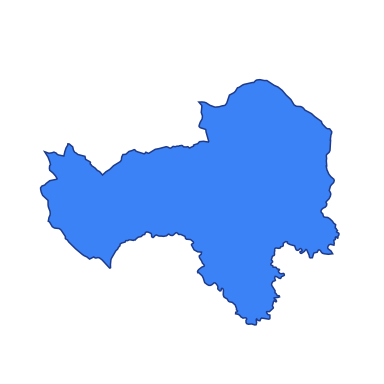 San Cayetano, Norte de Santander, Colombia (orthographic projection), rotated 99°
{"feature_id": "7082276B18864989229561", "entity_name": "San Cayetano", "entity_type": "district", "adm_level": 2, "iso_a3": "COL", "parent_name": "Colombia", "parent_adm1": "Norte de Santander", "projection": "orthographic", "projection_center": [-72.593, 7.837], "detail": "fine", "context": "isolated", "style": "filled", "palette": "blue", "viewbox_px": 384, "rotation_deg": 99, "n_neighbors": 0, "source": "geoboundaries", "source_scale": "gbopen_adm2", "svg_char_len": 5963}
<svg xmlns="http://www.w3.org/2000/svg" viewBox="0 0 384 384"><g transform="rotate(99 192 192)"><path d="M231.0,43.4L228.5,45.5L226.8,48.7L226.1,49.2L224.7,49.3L222.9,48.5L222.0,47.1L222.3,43.5L220.5,43.5L217.5,44.4L216.5,43.0L214.5,43.4L213.9,43.1L213.7,42.5L214.9,41.3L214.6,40.7L212.8,40.9L211.4,40.2L210.2,40.3L209.5,40.9L209.2,42.4L208.8,43.0L207.2,42.3L206.4,43.4L205.4,44.0L205.2,44.8L204.8,45.0L201.8,45.0L200.5,47.3L198.9,48.7L196.7,52.0L195.9,54.0L196.1,56.7L195.9,57.9L195.4,58.4L193.0,59.5L191.9,61.1L190.7,61.6L189.7,61.5L188.4,60.8L187.3,59.8L186.2,58.1L184.5,57.0L182.6,57.0L181.4,58.0L180.5,57.9L177.3,55.6L174.5,54.7L172.3,54.6L170.9,55.2L169.0,56.7L164.7,56.2L163.2,55.5L160.5,53.6L158.5,53.3L157.2,53.9L155.1,57.3L153.0,59.6L148.8,62.3L145.3,63.5L145.2,63.0L140.2,64.2L137.8,64.3L135.2,65.0L134.0,64.9L131.4,62.8L129.4,62.2L119.2,63.2L119.2,63.5L113.9,63.7L112.3,63.3L110.6,63.4L108.1,65.9L108.3,68.2L107.7,69.6L104.7,73.6L103.3,74.7L102.1,75.2L98.4,82.5L95.9,86.2L93.5,93.2L91.8,95.0L90.9,96.7L90.6,98.1L91.0,102.3L90.0,104.8L85.2,108.8L81.5,114.2L77.5,118.8L74.8,123.6L73.9,127.3L70.2,135.5L70.6,138.1L70.4,142.5L71.2,145.5L72.0,146.6L74.2,148.1L74.4,149.5L77.6,157.5L78.5,158.9L81.1,161.7L82.0,163.4L85.9,165.0L87.4,166.2L90.4,170.2L98.8,171.6L100.9,172.7L101.5,173.6L102.2,175.7L103.6,178.6L104.6,182.6L103.5,188.0L101.7,192.0L101.4,193.7L101.5,196.2L102.1,199.3L105.0,195.9L106.6,195.6L112.0,195.3L115.2,193.6L118.1,193.4L121.8,194.8L125.2,195.4L126.3,195.2L127.2,193.9L128.0,188.6L128.3,188.1L130.5,187.5L139.4,183.4L140.1,183.6L140.1,188.5L141.0,192.1L141.7,192.9L143.4,193.9L145.1,197.4L145.5,197.8L146.2,197.6L146.6,197.8L147.9,199.9L148.9,201.1L148.8,201.8L148.1,202.7L147.9,203.3L148.5,204.9L148.7,207.4L147.7,208.7L147.6,209.4L148.3,211.7L149.0,212.7L149.0,213.9L149.9,215.6L149.9,217.8L151.7,219.6L152.1,220.3L152.1,221.1L151.4,222.9L151.3,224.6L154.3,231.4L155.6,235.0L160.4,240.6L160.6,241.3L159.9,243.8L161.3,244.6L161.8,245.2L160.8,252.2L160.2,254.1L159.2,255.1L159.2,255.8L160.5,257.8L161.8,260.6L165.1,263.3L165.8,266.1L168.5,266.9L171.6,266.8L173.3,267.7L178.3,273.6L182.6,276.8L185.4,280.1L189.2,283.0L186.3,286.5L185.5,288.9L183.4,291.6L181.6,295.4L180.8,295.9L180.2,297.0L178.8,296.9L178.1,297.5L176.4,302.2L173.5,303.3L172.8,310.6L171.6,312.6L171.1,314.1L169.5,315.5L166.1,316.9L163.8,320.7L163.8,322.1L165.2,322.1L168.2,323.3L171.9,323.9L176.5,324.2L176.3,329.8L175.8,331.1L174.8,332.3L174.2,334.6L175.2,336.5L176.1,339.4L175.3,343.8L180.0,339.7L184.3,337.2L187.1,336.0L188.2,336.7L189.3,336.7L191.2,336.5L192.8,335.9L195.1,332.1L197.5,329.3L199.9,327.3L200.5,327.5L203.1,334.3L206.4,337.4L208.1,338.5L209.6,341.2L211.5,342.2L212.8,342.0L215.7,340.9L218.7,339.0L222.8,332.9L227.4,332.1L229.3,331.5L233.3,329.2L235.8,328.6L236.9,328.6L239.7,329.3L243.4,329.4L243.8,328.1L248.1,324.6L249.1,322.3L248.9,317.3L250.2,315.2L255.8,310.1L257.6,309.9L258.0,309.6L258.9,307.5L260.6,306.0L266.3,298.1L270.8,290.6L271.7,288.8L272.6,285.6L274.3,282.7L271.5,278.9L272.3,277.3L272.2,276.4L271.5,274.8L271.5,273.2L273.1,270.2L280.0,261.5L280.0,261.1L279.5,260.6L276.3,261.2L271.4,261.5L269.6,261.0L261.9,258.0L260.2,256.6L258.0,255.9L256.5,254.8L254.6,254.8L253.4,253.4L251.9,250.2L250.4,249.8L250.1,247.9L249.1,246.6L248.9,245.2L249.0,242.3L248.4,241.7L248.4,240.7L246.7,239.6L245.0,238.0L244.0,235.3L241.9,233.6L241.4,232.1L239.3,231.6L238.6,230.6L238.5,228.9L239.3,226.1L239.9,225.5L242.5,224.8L243.1,223.4L242.2,222.5L240.7,221.6L240.0,220.5L240.7,217.7L240.3,215.0L240.3,213.2L239.2,210.3L237.3,208.7L237.2,208.2L238.1,206.5L238.1,204.8L237.5,203.8L234.9,201.7L234.6,201.1L235.0,199.7L236.0,198.7L235.7,196.3L236.9,192.0L238.9,191.1L239.5,190.1L239.2,186.0L241.0,183.0L241.7,182.6L242.4,182.7L243.4,184.0L244.3,184.3L248.8,180.9L250.2,177.0L249.9,173.2L252.1,173.2L253.8,174.8L254.9,174.7L256.1,174.0L258.9,171.5L260.5,170.7L261.8,169.0L262.7,168.3L263.4,168.4L264.6,170.5L267.5,173.2L268.7,173.9L270.0,174.1L270.7,173.6L270.3,173.3L273.2,168.9L275.1,167.5L279.5,165.3L281.1,162.4L281.6,160.6L281.4,159.4L280.6,158.0L278.2,155.9L278.2,154.9L278.8,153.9L280.6,152.1L281.6,151.6L283.5,151.4L284.1,151.0L285.4,148.9L285.0,148.0L282.7,147.7L282.4,147.3L282.7,146.4L284.0,145.6L288.6,145.1L290.5,144.2L291.3,142.8L292.0,140.7L294.2,138.8L294.6,137.7L294.7,135.0L296.8,131.7L300.1,129.8L301.4,129.7L302.3,128.4L303.2,128.6L303.9,130.0L305.5,129.9L305.6,127.1L306.6,125.2L307.6,124.3L308.6,121.9L307.9,119.8L307.9,118.9L308.9,118.0L310.4,118.6L312.4,118.2L313.4,117.5L313.8,115.7L313.0,112.5L313.5,109.1L313.1,107.9L311.0,107.7L308.3,108.6L307.5,108.5L307.2,108.2L307.8,107.8L308.5,106.6L308.6,105.5L308.5,104.7L306.4,104.2L305.6,103.5L305.6,96.3L305.1,95.4L304.5,95.3L301.4,95.8L301.1,98.0L299.5,99.5L298.7,99.6L298.4,99.2L298.1,96.8L294.0,93.6L293.3,93.6L291.9,94.8L287.3,94.3L286.6,93.8L287.4,91.9L286.6,91.4L285.5,92.1L284.6,94.0L283.7,94.3L282.6,90.3L281.9,89.1L280.9,89.6L280.9,91.6L279.0,93.3L278.5,94.3L276.5,94.5L271.8,98.6L271.0,98.9L269.7,98.9L267.6,98.0L266.7,96.2L266.1,95.8L264.0,97.0L262.3,96.6L262.3,95.3L263.5,92.5L263.6,91.2L263.1,90.7L261.7,90.4L260.2,88.1L259.8,87.8L259.2,87.9L258.4,88.3L258.1,89.0L258.8,91.1L258.6,92.6L257.8,93.6L256.5,94.4L255.2,93.4L254.7,93.8L254.6,95.8L253.2,97.3L253.5,100.2L252.2,100.7L251.6,102.7L250.6,102.9L248.4,101.4L247.5,101.8L246.7,103.0L243.2,102.6L242.6,102.2L241.8,101.0L241.1,100.7L238.4,101.2L237.3,101.0L235.8,101.4L234.7,101.2L234.1,100.2L234.1,97.4L233.4,96.0L232.2,95.8L231.7,94.4L230.9,93.5L228.3,93.8L226.3,91.7L226.4,90.0L227.4,89.9L228.1,88.6L228.6,86.6L229.1,82.2L231.9,80.7L232.8,80.0L233.2,79.0L232.7,77.6L231.3,76.7L230.8,75.7L232.3,74.1L233.2,74.4L233.6,75.4L234.2,76.0L234.8,75.9L235.5,75.2L235.5,74.3L233.1,71.7L231.0,70.6L231.0,69.8L236.0,66.5L238.0,65.8L238.6,65.0L238.1,62.8L233.6,62.2L233.0,61.8L231.9,58.9L229.5,58.1L229.2,57.4L229.6,56.2L231.5,54.5L232.1,53.4L232.3,51.8L232.2,47.6L231.0,43.4Z" fill="#3b82f6" stroke="#1e3a8a" stroke-width="1.5"/></g></svg>